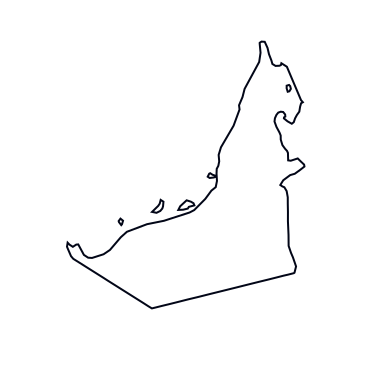 SVG path tracing the border of United Arab Emirates, rotated 338°
{"feature_id": "ARE", "entity_name": "United Arab Emirates", "entity_type": "country or territory", "adm_level": 0, "iso_a3": "ARE", "parent_name": "Asia", "parent_adm1": "", "projection": "robinson", "projection_center": [54.388, 24.345], "detail": "fine", "context": "isolated", "style": "outline", "palette": "ink", "viewbox_px": 384, "rotation_deg": 338, "n_neighbors": 0, "source": "natural_earth", "source_scale": "50m", "svg_char_len": 2330}
<svg xmlns="http://www.w3.org/2000/svg" viewBox="0 0 384 384"><g transform="rotate(338 192 192)"><path d="M323.1,106.1L326.9,111.4L327.5,147.7L328.4,150.3L326.4,150.6L324.2,153.4L321.6,157.7L318.1,159.9L315.2,162.3L312.5,165.4L310.1,166.1L307.0,162.2L304.8,158.2L305.3,157.3L306.8,157.0L307.4,155.0L306.5,152.0L304.4,150.8L301.7,150.7L299.2,152.1L296.5,154.7L294.9,157.6L294.7,163.3L295.4,169.7L295.4,172.8L293.9,176.7L293.4,182.4L294.5,186.8L295.5,189.5L295.6,191.7L293.0,198.7L295.3,200.0L302.6,200.5L304.7,205.3L306.2,208.6L305.8,210.5L300.6,212.0L294.1,213.6L289.4,213.1L281.0,215.3L276.5,218.6L277.8,220.6L279.4,222.2L280.1,226.6L278.8,232.8L276.4,238.8L273.5,246.4L270.0,255.0L265.4,268.0L261.4,278.2L261.0,285.6L261.1,290.4L260.6,300.0L256.8,305.2L256.0,305.4L251.5,304.8L250.0,304.6L245.7,303.9L239.0,303.0L230.3,301.8L220.0,300.3L208.6,298.7L196.4,297.0L183.7,295.2L171.1,293.4L158.8,291.7L147.4,290.0L137.1,288.6L128.5,287.4L121.8,286.4L117.5,285.8L116.0,285.6L111.2,284.9L108.6,281.4L105.5,277.0L102.4,272.7L99.3,268.4L96.2,264.1L93.1,259.8L90.0,255.5L86.9,251.2L83.8,246.9L80.7,242.6L77.6,238.2L74.5,233.9L71.4,229.6L68.3,225.3L65.2,221.0L62.1,216.7L59.0,212.4L56.9,209.5L55.8,206.2L55.6,197.7L55.6,195.9L57.7,192.4L58.7,194.9L61.0,198.2L65.0,197.4L66.9,198.0L68.2,209.8L71.1,214.0L74.6,215.7L86.7,216.6L94.2,215.0L109.0,207.3L116.7,204.5L138.2,205.0L155.3,208.2L182.1,210.1L187.3,209.6L201.7,203.4L210.5,198.0L215.8,196.4L219.3,191.1L221.6,184.2L223.6,179.8L226.2,177.6L228.7,173.8L230.6,167.6L235.6,161.4L255.4,146.1L267.0,133.3L268.1,129.2L274.4,122.9L279.4,116.1L303.0,96.6L307.7,88.6L310.4,79.6L310.7,79.0L312.8,78.6L315.7,80.0L316.0,86.7L315.0,93.1L314.9,99.8L314.5,103.4L316.7,106.4L320.4,107.7L322.0,107.6L323.1,106.1ZM322.3,133.4L322.7,130.6L322.1,129.1L319.6,128.9L318.6,131.3L318.3,134.9L320.0,135.1L322.3,133.4ZM189.2,203.0L189.2,205.3L183.5,204.6L181.9,205.8L177.2,205.1L172.6,203.5L175.7,200.8L183.9,197.7L187.3,200.5L189.2,203.0ZM155.5,197.7L151.3,198.0L147.5,195.5L155.5,192.2L157.7,190.7L160.0,187.6L161.9,190.3L159.8,194.4L158.3,196.2L155.5,197.7ZM219.7,185.6L219.2,186.8L217.6,186.7L213.6,185.6L212.3,183.7L214.8,181.5L215.9,181.4L217.5,183.7L219.7,185.6ZM115.0,195.7L114.0,196.2L113.0,192.6L113.1,191.5L115.7,189.9L117.3,192.8L115.0,195.7Z" fill="none" stroke="#020617" stroke-width="2"/></g></svg>